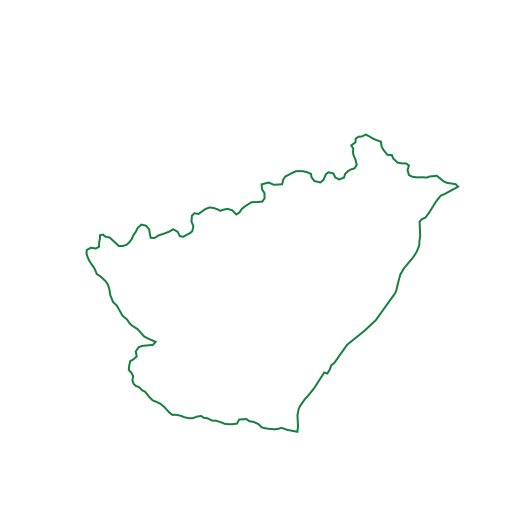 Riolândia, São Paulo, Brazil, rotated 127°
{"feature_id": "56859067B96578254968742", "entity_name": "Riolândia", "entity_type": "district", "adm_level": 2, "iso_a3": "BRA", "parent_name": "Brazil", "parent_adm1": "São Paulo", "projection": "orthographic", "projection_center": [-49.714, -20.05], "detail": "fine", "context": "isolated", "style": "outline", "palette": "green", "viewbox_px": 512, "rotation_deg": 127, "n_neighbors": 0, "source": "geoboundaries", "source_scale": "gbopen_adm2", "svg_char_len": 2965}
<svg xmlns="http://www.w3.org/2000/svg" viewBox="0 0 512 512"><g transform="rotate(127 256 256)"><path d="M235.2,121.7L201.9,122.5L198.8,123.3L191.2,126.7L183.9,129.6L176.8,130.4L162.0,129.7L156.0,130.2L149.3,132.0L145.5,134.6L141.4,136.8L130.0,146.1L126.7,145.6L123.3,143.8L117.6,143.8L103.9,145.0L96.5,144.8L93.7,143.0L79.0,136.3L78.5,139.8L81.0,144.5L82.7,147.6L83.5,151.6L83.2,156.1L83.2,160.1L85.5,162.4L88.0,165.2L90.7,166.9L93.1,170.7L96.5,175.0L98.7,179.0L99.3,182.5L96.2,186.7L91.7,188.3L91.8,191.9L94.2,195.2L96.2,199.0L95.6,204.9L93.7,208.3L96.1,212.0L94.5,218.3L93.1,221.5L89.5,225.0L90.9,229.4L91.9,233.6L92.3,237.4L92.9,241.4L97.0,243.5L98.9,245.8L102.2,247.0L105.3,245.0L110.3,246.5L111.9,242.7L114.7,241.2L116.9,238.6L119.3,234.4L122.6,230.4L126.6,230.0L129.3,232.0L132.7,233.6L136.7,234.2L140.5,232.9L144.9,235.7L145.5,240.0L143.5,243.9L145.5,248.5L148.6,249.4L154.6,247.9L158.5,248.8L161.0,254.6L159.6,259.2L157.4,261.4L158.3,265.6L160.3,270.0L164.1,275.1L167.8,277.0L175.0,280.5L178.6,280.2L183.0,278.3L188.4,284.6L189.7,290.1L195.4,294.6L199.1,291.4L200.7,287.0L204.9,283.8L208.8,283.8L212.4,287.7L215.7,291.9L221.6,294.2L226.9,295.7L231.1,295.4L234.7,296.7L233.8,302.5L235.5,307.2L238.8,310.0L241.4,311.8L241.9,314.9L243.1,318.6L245.2,322.3L248.8,324.6L253.4,326.1L257.0,327.2L259.0,331.0L262.4,331.4L267.3,328.3L269.9,323.9L274.6,321.8L277.9,322.6L280.8,324.1L284.4,325.7L286.0,328.6L283.8,333.2L284.5,338.2L288.8,340.0L294.1,343.3L298.0,346.1L302.7,347.9L304.8,351.0L302.8,353.5L299.0,357.4L298.0,362.1L300.0,366.5L305.0,367.4L308.9,366.6L313.1,366.4L317.5,365.4L321.8,365.5L324.9,366.1L327.9,368.2L330.6,371.4L329.9,377.9L329.3,383.8L331.2,388.0L331.0,391.1L333.3,393.1L336.1,391.0L339.3,389.6L343.1,386.9L346.5,388.5L348.6,392.7L353.0,394.8L355.9,393.0L358.1,390.0L359.8,387.0L361.5,382.7L362.3,379.8L363.7,376.5L366.2,372.3L365.9,367.9L366.2,364.8L366.7,360.6L368.1,356.8L371.0,352.9L375.2,348.5L378.8,342.4L379.3,337.7L380.7,334.3L382.3,330.6L384.0,326.8L384.3,320.8L385.7,317.0L386.2,313.2L385.7,306.3L387.6,296.9L386.8,292.1L385.9,288.5L385.0,284.5L389.0,284.8L396.3,292.8L399.4,294.8L404.6,294.6L408.0,290.8L412.4,291.7L415.6,293.2L419.5,291.5L423.6,289.0L424.3,285.2L426.0,281.7L429.7,279.9L431.7,276.9L432.1,273.8L431.1,270.4L431.8,266.1L431.1,263.0L432.9,256.0L433.5,251.5L432.4,247.7L431.6,243.5L431.8,238.2L433.2,230.9L433.2,227.1L431.1,224.6L428.8,219.8L427.9,216.2L425.9,211.9L423.7,209.0L419.7,206.4L416.7,203.5L416.7,200.4L414.8,197.0L413.8,191.8L411.7,189.0L410.1,184.6L408.7,179.6L406.9,176.8L404.7,173.8L401.3,170.3L396.7,171.0L394.6,168.5L392.0,165.5L392.0,162.0L389.9,158.0L388.8,152.9L389.4,148.2L388.0,144.9L385.9,141.1L383.2,136.9L380.4,134.0L377.9,132.3L376.1,126.5L371.5,117.2L366.8,119.9L358.3,127.0L352.7,129.8L349.3,130.5L340.9,130.8L336.5,130.3L326.6,130.0L308.0,131.4L306.9,128.3L302.0,128.8L298.0,130.1L294.7,129.1L272.0,129.8L250.2,124.3L235.2,121.7Z" fill="none" stroke="#15803d" stroke-width="2"/></g></svg>